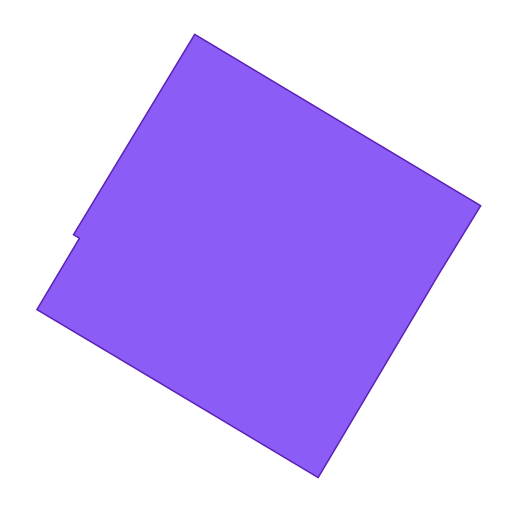 Poweshiek, Iowa, United States of America (Natural Earth projection), rotated 31°
{"feature_id": "52423323B384503351074", "entity_name": "Poweshiek", "entity_type": "district", "adm_level": 2, "iso_a3": "USA", "parent_name": "United States of America", "parent_adm1": "Iowa", "projection": "natural_earth1", "projection_center": [-92.541, 41.686], "detail": "fine", "context": "isolated", "style": "filled", "palette": "violet", "viewbox_px": 512, "rotation_deg": 31, "n_neighbors": 0, "source": "geoboundaries", "source_scale": "gbopen_adm2", "svg_char_len": 284}
<svg xmlns="http://www.w3.org/2000/svg" viewBox="0 0 512 512"><g transform="rotate(31 256 256)"><path d="M341.7,414.1L423.4,413.9L422.0,175.0L422.7,97.2L89.3,97.6L88.6,331.7L95.5,331.7L95.8,414.8L177.4,414.5L341.7,414.1Z" fill="#8b5cf6" stroke="#5b21b6" stroke-width="1.5"/></g></svg>